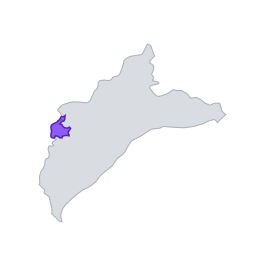 location of Camenca within Moldova, rotated 258°
{"feature_id": "MDA-1652", "entity_name": "Camenca", "entity_type": "District", "adm_level": 1, "iso_a3": "MDA", "parent_name": "Moldova", "parent_adm1": "", "projection": "mercator", "projection_center": [28.71, 47.999], "detail": "fine", "context": "in_parent", "style": "filled", "palette": "violet", "viewbox_px": 256, "rotation_deg": 258, "n_neighbors": 0, "source": "natural_earth", "source_scale": "10m", "svg_char_len": 2546}
<svg xmlns="http://www.w3.org/2000/svg" viewBox="0 0 256 256"><g transform="rotate(258 128 128)"><path d="M50.0,44.0L50.9,41.7L60.1,35.5L62.5,36.5L67.3,36.8L77.1,36.5L81.9,32.4L84.9,33.6L87.3,31.7L91.3,29.4L91.9,29.9L92.4,30.3L98.7,31.3L103.3,33.5L106.5,37.0L109.7,39.1L113.0,39.9L114.9,41.6L115.3,44.2L118.4,45.5L124.3,45.4L126.8,47.1L125.9,50.6L126.5,51.7L128.6,50.5L130.1,51.5L131.0,54.1L131.9,55.3L134.9,51.3L138.1,51.7L145.7,53.3L149.8,61.6L152.4,64.5L154.6,65.7L157.4,64.5L159.9,62.9L161.3,63.6L164.4,69.1L165.1,76.2L165.1,79.1L164.0,83.9L162.5,89.0L161.2,92.3L161.8,95.0L162.9,97.2L164.7,98.0L170.6,102.5L172.8,105.6L176.0,107.9L178.5,108.1L179.7,109.4L180.2,110.9L179.8,114.9L178.5,118.7L178.6,121.1L180.8,124.0L181.0,127.3L181.2,129.4L182.3,131.0L187.7,134.7L194.8,138.2L196.6,141.2L197.6,145.0L197.3,151.4L196.8,157.0L206.0,164.4L205.0,165.8L203.6,167.4L194.8,168.5L193.0,169.1L189.2,163.5L187.2,162.8L185.3,164.8L183.1,166.0L180.4,165.4L177.6,163.7L176.1,162.5L175.0,162.3L173.2,163.5L170.9,163.0L169.3,161.6L167.1,166.4L165.7,167.4L164.9,167.3L164.7,159.2L164.0,157.9L162.3,157.7L158.0,159.7L153.9,162.2L152.5,164.4L152.7,168.4L153.3,173.1L156.0,180.3L154.5,183.4L153.4,188.4L149.1,193.0L144.2,195.6L143.7,201.1L141.0,204.8L136.3,208.5L133.2,212.9L134.0,216.0L134.2,218.8L133.6,220.8L133.5,222.3L132.3,223.0L125.1,223.5L123.1,224.5L120.8,226.6L118.6,222.6L116.3,219.0L114.7,217.2L115.4,216.3L117.2,215.3L118.4,214.1L118.3,209.9L117.3,205.1L116.5,202.7L116.4,199.1L115.8,193.4L116.6,182.7L120.2,169.3L122.2,162.6L121.2,159.0L122.0,150.4L120.4,146.1L118.0,140.6L114.5,128.5L110.2,124.2L104.8,119.6L102.6,116.1L101.0,112.2L97.8,108.3L94.2,104.8L89.8,95.9L87.6,91.9L86.9,90.8L81.9,85.1L79.3,80.0L77.9,75.7L77.2,71.8L73.7,64.0L70.5,58.1L67.5,53.9L66.1,51.0L62.5,47.2L57.5,44.3L54.2,43.8L50.0,44.0Z" fill="#d9dde1" stroke="#a8b0b8" stroke-width="1"/><path d="M135.4,50.9L136.8,51.0L140.9,52.7L144.0,52.7L145.6,53.0L146.8,53.9L147.1,54.4L147.3,54.9L147.3,55.3L147.4,55.8L148.1,57.5L148.2,59.2L148.3,59.6L148.6,60.1L149.4,60.8L149.6,61.3L150.5,62.8L152.0,64.4L152.9,65.1L152.7,66.2L152.7,68.3L152.9,68.5L153.2,69.0L149.6,67.9L148.7,67.2L148.2,66.8L148.2,65.2L147.5,63.6L146.2,62.4L146.2,62.5L145.8,63.0L145.6,63.2L144.9,64.1L144.1,64.4L143.3,64.4L141.7,65.7L140.6,68.0L140.5,69.4L141.1,70.7L139.6,71.8L138.0,70.4L136.6,68.8L134.9,68.4L133.7,69.0L132.6,68.7L133.4,66.9L133.8,64.0L133.4,62.1L132.1,61.5L132.7,59.1L134.4,57.8L135.5,55.4L133.6,54.1L133.6,53.8L134.4,51.4L135.4,50.9Z" fill="#8b5cf6" stroke="#5b21b6" stroke-width="1.5"/></g></svg>